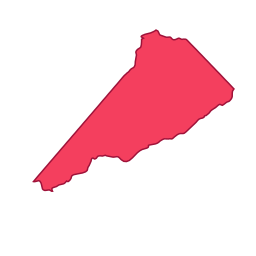 map outline of New Hampshire (orthographic projection), rotated 224°
{"feature_id": "USA-3538", "entity_name": "New Hampshire", "entity_type": "State", "adm_level": 1, "iso_a3": "USA", "parent_name": "United States of America", "parent_adm1": "", "projection": "orthographic", "projection_center": [-71.585, 44.003], "detail": "fine", "context": "isolated", "style": "filled", "palette": "rose", "viewbox_px": 256, "rotation_deg": 224, "n_neighbors": 0, "source": "natural_earth", "source_scale": "10m", "svg_char_len": 3151}
<svg xmlns="http://www.w3.org/2000/svg" viewBox="0 0 256 256"><g transform="rotate(224 128 128)"><path d="M135.2,47.1L135.3,47.1L135.2,45.3L135.3,44.0L135.7,42.9L138.0,39.3L138.3,38.5L138.6,37.0L138.8,36.2L140.4,33.3L140.8,31.8L139.9,30.8L138.4,30.1L139.0,29.5L141.4,28.9L142.2,28.1L143.9,25.9L144.8,25.1L146.1,24.7L147.2,24.8L151.9,27.8L153.3,28.3L154.7,28.5L155.7,28.0L157.4,25.2L158.3,24.1L158.8,23.8L159.1,28.0L159.4,32.3L159.6,36.6L159.9,40.9L160.1,45.2L160.4,49.4L160.6,53.7L160.9,58.0L161.1,62.3L161.4,66.6L161.6,70.9L161.9,75.1L162.1,79.4L162.4,83.7L162.6,88.0L162.9,92.3L163.1,96.5L163.4,100.8L163.6,105.1L163.9,109.4L164.1,113.7L164.4,118.0L164.6,122.2L164.9,126.5L165.2,130.8L165.4,135.1L165.7,139.4L165.9,143.6L166.2,147.9L166.4,152.2L166.7,156.5L167.0,160.8L167.1,163.2L166.9,165.7L166.9,166.9L166.7,168.0L166.6,168.4L166.6,168.9L166.6,169.6L166.8,170.8L166.8,172.1L166.7,173.0L166.1,175.0L166.0,175.4L166.0,176.0L166.1,176.6L166.4,177.5L166.7,178.2L167.1,178.8L168.9,180.9L170.8,183.7L172.6,186.4L174.9,187.9L175.2,188.3L175.5,188.9L175.7,190.0L175.7,190.7L175.7,191.4L175.1,193.8L175.0,194.7L175.1,195.2L176.2,197.1L178.2,199.5L179.9,201.3L179.3,203.3L180.6,203.0L181.9,202.8L182.2,203.3L182.0,204.4L181.6,205.5L181.4,205.8L180.9,207.1L177.8,212.1L176.6,215.0L176.1,216.6L175.9,217.9L173.9,218.5L172.6,218.1L170.6,217.3L169.9,217.2L169.4,217.2L163.7,219.8L163.1,220.3L162.8,220.6L161.9,221.6L161.5,222.1L160.7,222.7L160.2,222.8L159.5,222.8L158.9,222.7L157.9,222.7L157.3,222.8L156.8,223.0L156.5,223.2L156.2,223.5L155.6,224.1L155.4,224.5L155.0,225.3L154.4,226.8L154.2,227.4L153.6,228.1L152.9,228.4L151.7,228.8L151.1,229.0L150.7,229.3L149.9,230.4L149.0,231.2L148.2,231.9L147.7,232.1L147.1,232.2L145.8,232.2L141.6,232.0L137.4,231.9L133.2,231.8L129.1,231.6L124.9,231.5L120.7,231.3L116.5,231.2L112.4,231.0L108.2,230.9L104.0,230.7L99.9,230.6L95.7,230.4L91.5,230.2L87.3,230.1L83.2,229.9L79.0,229.7L78.9,229.7L78.5,227.3L77.4,225.7L74.9,223.0L74.4,222.1L74.1,221.3L73.9,220.4L73.8,219.2L73.8,217.7L74.1,216.8L74.6,216.0L75.0,214.8L75.5,211.4L75.9,209.9L76.9,209.4L78.3,208.9L78.9,207.6L79.2,203.9L80.2,199.4L80.4,197.6L80.1,195.5L80.1,194.5L80.5,191.2L80.9,190.8L81.1,190.4L81.3,189.9L81.2,189.5L81.1,189.2L80.9,189.1L80.9,188.8L81.0,187.8L81.3,187.0L81.7,186.3L82.3,185.5L83.0,184.0L83.2,182.2L83.0,179.2L83.6,165.5L83.9,163.4L84.5,162.3L86.6,160.3L87.4,159.0L87.9,157.4L88.4,154.1L88.6,151.3L89.0,150.5L90.6,149.2L91.3,148.2L94.4,145.4L95.0,144.1L95.5,142.5L95.9,140.8L96.0,139.0L96.4,137.4L97.2,135.7L101.0,130.3L101.2,129.7L100.8,129.3L100.3,128.8L100.1,128.1L100.4,126.8L102.9,122.4L103.7,119.8L104.1,116.8L104.1,109.7L104.5,105.6L105.8,102.8L107.9,101.1L110.9,100.5L113.7,100.6L115.0,100.4L116.1,99.7L118.0,97.2L118.9,96.4L123.9,93.2L125.4,92.6L125.9,91.8L126.9,90.1L128.9,88.5L130.0,87.0L130.0,85.6L129.8,84.2L130.3,82.7L130.8,82.3L131.5,82.3L132.2,82.1L132.8,81.3L132.7,80.5L132.4,79.7L131.6,78.6L129.9,74.0L129.7,72.8L129.3,71.4L128.5,70.3L127.9,69.0L128.1,67.0L129.5,64.1L132.2,60.3L134.7,56.6L135.2,54.7L134.7,53.4L134.0,52.2L133.6,50.3L133.7,48.2L134.3,47.5L135.2,47.1Z" fill="#f43f5e" stroke="#9f1239" stroke-width="1.5"/></g></svg>